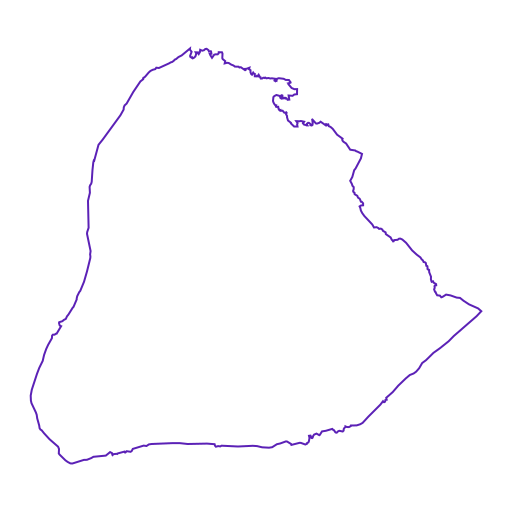 outline of Hebron, West Bank, Palestine
{"feature_id": "87354302B80979559279056", "entity_name": "Hebron", "entity_type": "district", "adm_level": 2, "iso_a3": "PSE", "parent_name": "Palestine", "parent_adm1": "West Bank", "projection": "equal_earth", "projection_center": [35.111, 31.507], "detail": "fine", "context": "isolated", "style": "outline", "palette": "violet", "viewbox_px": 512, "rotation_deg": 0, "n_neighbors": 0, "source": "geoboundaries", "source_scale": "gbopen_adm2", "svg_char_len": 5911}
<svg xmlns="http://www.w3.org/2000/svg" viewBox="0 0 512 512"><path d="M287.6,99.8L289.3,99.6L288.6,95.5L292.6,95.8L294.3,94.5L297.0,94.2L297.1,89.1L294.4,89.2L291.6,88.0L288.5,84.3L288.8,83.8L288.3,83.3L290.5,82.7L290.6,82.3L288.9,80.0L285.7,79.9L283.7,78.8L278.8,78.2L276.9,78.8L276.5,80.9L275.5,80.6L275.3,81.1L274.5,80.6L275.4,78.8L271.9,78.3L270.2,78.5L268.6,78.0L266.3,78.3L265.3,77.6L264.4,78.0L264.0,77.7L263.2,77.8L262.1,78.5L260.8,78.5L260.6,77.7L260.4,77.8L258.8,75.0L258.3,76.3L257.4,75.9L257.4,75.6L257.0,75.7L256.8,76.4L254.8,76.3L254.8,73.9L254.0,73.7L253.2,72.6L252.0,74.7L251.3,74.2L250.5,72.3L250.5,70.2L249.0,69.2L249.4,67.7L246.5,68.8L245.1,68.9L245.4,70.1L245.1,70.2L240.8,67.2L239.4,67.5L238.6,66.7L234.9,66.6L233.5,65.5L231.2,64.6L228.7,63.0L227.0,62.8L224.7,63.4L225.2,61.1L222.7,59.1L222.3,58.1L222.5,53.7L222.0,52.3L218.7,52.2L218.6,53.4L217.7,54.3L215.6,54.3L214.2,54.7L212.0,57.8L210.4,55.3L209.8,53.9L211.4,53.7L211.1,51.7L210.8,51.2L209.0,51.6L208.5,50.2L206.6,48.8L205.3,49.0L204.0,50.2L202.2,50.7L200.2,49.8L199.9,52.1L198.7,54.1L198.2,53.4L198.2,52.4L195.6,52.3L196.3,53.7L195.4,56.4L194.2,57.6L192.9,58.3L192.2,57.4L191.9,57.9L190.3,56.8L190.1,55.9L191.6,51.8L189.9,49.6L190.0,48.5L181.7,55.4L178.4,57.1L176.2,59.0L174.6,59.7L174.3,60.3L172.3,61.9L170.7,62.4L169.0,63.4L158.9,68.0L156.3,67.7L155.3,69.1L152.7,69.8L150.5,70.9L148.7,72.5L145.3,76.5L144.2,77.5L143.5,77.7L143.1,78.3L143.2,79.2L140.4,81.4L133.3,91.9L126.6,103.6L124.6,105.4L123.8,107.3L123.6,109.6L120.4,115.3L102.6,139.7L98.5,144.8L94.2,160.7L93.8,160.5L93.3,162.4L92.5,169.8L91.7,181.8L91.2,183.7L90.1,185.3L89.6,186.9L89.9,192.8L88.0,200.8L88.6,227.8L87.2,232.0L87.0,233.8L90.6,251.1L90.1,254.4L90.4,256.3L90.3,258.0L87.0,271.4L84.0,281.8L80.2,291.0L79.3,292.0L77.2,296.2L76.7,298.4L76.7,299.4L73.5,306.9L72.7,307.7L68.4,314.6L67.0,316.3L65.8,318.9L63.7,320.0L62.4,321.2L59.2,322.2L59.0,323.0L59.6,325.2L60.1,325.8L61.1,326.2L56.6,333.7L55.7,333.8L54.6,334.7L52.9,334.7L52.1,335.6L51.9,338.2L48.2,344.7L46.2,349.0L44.1,354.9L42.7,360.9L39.3,367.8L37.0,373.8L31.8,389.7L30.7,395.6L30.9,400.6L31.5,403.2L35.9,412.5L36.7,414.8L37.2,418.3L39.2,425.5L39.6,428.2L40.5,429.6L41.6,430.2L44.0,433.2L49.5,439.2L58.1,446.7L59.0,449.0L58.8,453.5L59.6,454.6L65.4,460.3L67.6,461.9L70.4,463.4L72.4,463.5L83.9,459.9L86.9,459.8L91.2,458.1L93.4,456.8L105.8,455.6L110.1,452.1L112.1,453.2L112.3,454.8L112.6,455.1L113.2,454.2L116.6,453.8L117.2,454.0L117.8,453.4L124.5,451.6L124.8,452.4L125.4,452.5L126.7,451.2L130.6,451.8L131.7,451.0L132.8,448.9L143.7,445.6L146.5,446.0L148.9,444.4L151.6,444.0L173.2,443.1L179.5,443.1L187.6,444.0L207.0,443.6L214.6,444.2L215.0,445.7L215.9,446.7L218.1,446.1L220.3,446.4L221.5,445.7L238.0,446.5L252.8,445.8L257.1,446.1L262.1,447.3L269.0,447.7L272.2,447.2L276.9,444.2L280.1,443.5L285.9,441.4L287.0,441.5L291.1,444.0L291.4,444.9L299.7,442.8L300.9,442.9L305.3,444.5L306.9,443.8L306.9,443.2L308.4,442.4L308.9,441.2L309.5,438.0L309.0,435.8L310.5,435.6L311.6,438.0L312.1,438.1L312.6,437.7L313.2,435.9L314.1,434.6L316.5,433.6L319.3,435.2L319.8,434.9L322.0,431.4L325.8,430.8L332.3,428.9L333.4,430.1L334.0,430.2L335.3,432.2L336.1,432.7L336.7,432.7L338.1,431.3L339.3,430.8L342.7,431.5L343.6,430.6L343.7,429.1L344.5,427.8L345.5,427.0L345.5,426.4L346.8,427.0L348.9,427.1L350.8,426.1L350.9,425.5L356.6,425.4L360.1,424.3L362.6,422.9L368.4,416.6L380.4,404.6L383.0,401.2L383.7,402.1L384.4,402.1L385.1,401.6L385.4,400.0L386.7,399.7L386.2,397.8L392.7,392.1L398.3,385.6L405.8,378.4L409.8,375.0L413.6,373.5L416.1,371.7L419.1,368.3L422.2,363.0L426.0,360.2L433.5,352.8L439.7,348.4L448.6,341.3L453.8,336.0L476.6,316.2L481.3,311.2L478.1,308.4L469.1,304.4L463.6,300.8L460.0,297.9L456.7,297.6L450.5,295.4L446.1,294.6L442.5,296.9L441.3,297.3L439.9,295.6L437.2,295.3L436.0,293.3L435.7,292.2L435.0,291.8L434.1,289.3L434.7,287.9L434.5,286.1L434.9,285.6L436.2,285.3L436.1,284.1L433.7,282.7L433.0,281.3L431.7,281.8L431.5,281.4L430.9,279.2L431.0,276.7L429.2,272.2L429.1,269.9L428.7,269.6L428.3,269.7L427.5,269.0L427.5,266.8L427.3,266.1L426.3,265.8L425.8,263.0L425.0,262.3L423.6,262.0L422.9,260.4L421.7,259.4L420.4,257.4L416.7,254.6L412.1,250.4L406.1,242.8L402.3,239.5L400.3,238.6L399.0,238.7L397.6,239.8L394.2,240.1L393.6,241.3L393.1,241.4L392.5,240.4L391.8,239.8L390.6,237.4L386.1,234.3L385.8,234.0L385.6,232.4L382.9,230.8L382.3,229.5L380.8,228.6L379.1,228.9L378.4,228.1L376.6,227.2L374.0,227.5L372.3,224.5L364.5,216.2L362.3,213.2L360.9,210.6L360.3,207.9L359.6,206.4L361.0,205.5L363.1,205.3L363.1,203.3L361.8,201.8L360.9,201.7L360.0,199.3L359.5,198.6L358.0,197.6L357.3,195.8L354.8,194.3L354.5,193.9L354.5,192.7L353.4,191.9L353.1,191.0L353.7,189.1L353.7,187.1L352.4,185.7L352.0,184.2L350.2,180.8L352.3,177.0L354.2,170.2L355.5,168.6L360.9,158.4L362.0,153.9L357.4,151.6L356.1,151.2L355.3,150.5L350.2,149.7L346.1,143.5L343.4,141.7L342.5,140.6L342.2,139.6L342.6,138.7L337.1,134.7L332.7,128.8L330.5,126.9L328.8,126.2L328.3,124.5L327.3,125.0L327.2,124.4L326.1,124.1L325.7,125.3L320.6,121.7L319.3,122.8L317.0,123.6L316.0,123.5L312.4,119.5L312.2,119.6L312.7,123.1L312.5,124.9L311.7,125.5L310.5,125.2L310.7,124.3L309.0,122.9L308.1,122.8L307.6,123.2L307.0,123.7L307.0,125.0L307.3,125.4L306.5,125.4L305.3,124.8L304.2,124.7L302.9,123.3L303.3,122.1L303.7,122.3L304.1,121.7L300.9,121.0L299.1,121.3L296.9,121.1L296.2,121.1L297.5,122.9L297.5,123.6L297.1,124.2L297.5,126.5L294.1,126.5L290.9,123.4L291.0,122.9L290.7,122.6L288.0,120.5L287.0,117.1L287.1,116.1L286.1,114.3L286.6,112.8L286.2,112.3L285.2,112.8L284.3,112.7L282.6,110.7L280.8,110.8L280.6,110.1L279.8,110.5L279.4,110.2L279.2,109.9L279.6,109.8L278.5,108.6L278.2,106.8L276.2,106.9L275.9,106.4L276.2,105.3L275.2,105.1L274.1,103.7L273.3,102.0L273.0,100.9L273.4,97.1L274.3,96.1L276.4,95.0L279.3,95.8L280.2,97.0L280.4,97.9L280.7,98.1L281.0,95.6L281.8,95.2L282.4,95.5L282.4,98.5L284.6,98.2L286.1,98.8L285.2,97.8L285.4,97.8L286.5,98.3L287.6,99.8Z" fill="none" stroke="#5b21b6" stroke-width="2"/></svg>